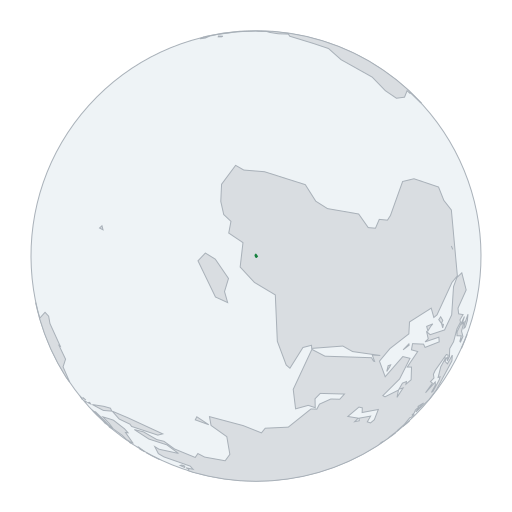 the Earth from above Balaka, rotated 132°
{"feature_id": "MWI-1915", "entity_name": "Balaka", "entity_type": "District", "adm_level": 1, "iso_a3": "MWI", "parent_name": "Malawi", "parent_adm1": "", "projection": "orthographic", "projection_center": [35.116, -15.04], "detail": "fine", "context": "on_globe", "style": "filled", "palette": "green", "viewbox_px": 512, "rotation_deg": 132, "n_neighbors": 0, "source": "natural_earth", "source_scale": "10m", "svg_char_len": 5736}
<svg xmlns="http://www.w3.org/2000/svg" viewBox="0 0 512 512"><g transform="rotate(132 256 256)"><circle cx="256" cy="256" r="225" fill="#eef3f6" stroke="#a8b0b8"/><path d="M31.6,236.1L31.8,236.4L31.6,244.4L31.3,250.9L32.1,250.5L32.1,254.3L38.6,251.9L44.8,257.2L46.6,270.5L45.3,289.3L53.2,324.2L53.3,340.9L59.4,355.0L70.1,378.0L69.4,380.4L76.0,388.2L80.7,395.5L82.0,398.3L87.7,404.8L88.8,406.7L91.9,409.6L101.9,420.1L108.5,425.5L117.8,433.5L122.1,436.5L122.6,437.1L125.3,439.2L128.3,441.2L126.5,440.3L125.8,439.8L112.4,429.6L99.9,418.5L88.3,406.4L77.5,393.5L67.8,379.8L59.1,365.5L51.5,350.5L45.0,335.0L39.7,319.1L35.6,302.9L32.8,286.3L31.1,269.6L30.7,252.9L31.6,236.1ZM132.2,443.1L127.9,441.3L129.1,441.8L123.2,437.4L127.9,439.5L132.2,443.1ZM117.7,431.1L114.8,427.7L116.1,428.2L118.4,430.7L117.7,431.1ZM298.9,34.8L299.0,34.9L307.7,36.9L309.4,37.8L311.2,38.2L310.7,37.7L301.0,35.3L316.5,39.0L331.7,43.8L346.5,49.7L360.9,56.6L374.7,64.5L388.0,73.4L400.5,83.2L412.4,93.8L423.5,105.3L433.7,117.5L443.0,130.4L451.4,144.0L458.9,158.1L461.0,163.1L459.2,163.2L460.3,166.5L456.6,160.0L456.2,164.3L466.9,190.0L468.2,196.3L465.4,203.7L464.5,198.8L454.6,181.5L456.0,195.9L463.7,213.1L466.4,230.3L462.0,222.0L458.8,206.9L455.3,200.4L453.9,187.4L446.4,166.4L441.7,167.0L439.8,159.6L428.8,141.9L420.9,142.7L409.8,156.8L412.0,176.0L406.5,183.1L390.6,152.0L383.8,133.6L377.8,133.9L361.6,117.5L332.9,112.8L329.1,108.3L323.6,109.7L312.2,104.7L306.4,97.9L299.4,97.9L315.1,116.3L322.6,116.6L329.1,110.5L332.0,117.2L343.1,124.3L330.2,139.1L288.0,152.0L284.3,137.7L254.3,102.1L255.5,98.4L255.3,98.0L255.0,97.3L251.8,103.3L246.8,97.1L262.4,120.3L264.8,131.2L287.4,152.8L285.2,155.0L292.6,159.9L316.7,155.7L316.8,160.6L305.1,183.1L272.0,215.6L276.7,239.5L274.8,260.4L254.8,274.6L257.2,291.6L247.0,297.8L246.8,307.7L239.0,318.7L225.7,329.6L202.3,331.8L200.3,322.6L187.7,306.1L170.0,267.1L175.3,248.2L173.0,234.7L156.1,207.8L159.8,191.6L155.4,185.8L146.3,188.9L141.4,182.3L135.9,183.2L102.5,196.9L92.9,190.3L82.6,166.5L89.0,153.6L91.1,141.6L136.0,93.1L144.4,92.7L178.6,82.1L182.7,82.7L177.5,90.9L202.3,97.8L211.6,90.3L235.1,94.5L251.5,93.9L259.3,79.2L232.5,79.6L229.0,73.1L251.3,67.0L274.9,68.3L274.3,65.9L260.3,60.4L266.7,56.6L255.6,58.4L259.4,60.6L252.5,62.1L248.6,60.2L251.0,58.8L244.2,57.9L234.5,66.1L237.3,69.3L218.8,71.9L221.7,77.7L216.4,81.0L209.4,72.5L210.8,69.2L197.2,62.4L194.0,65.8L206.7,72.9L202.3,72.6L198.1,78.5L197.9,73.9L184.8,66.4L168.8,71.2L146.6,88.7L137.6,92.3L130.8,91.8L140.6,77.1L159.6,71.0L163.4,66.7L161.0,62.9L167.0,61.7L168.3,59.8L175.7,57.9L187.5,51.8L195.2,50.1L201.3,44.9L206.1,43.6L201.1,46.8L201.8,48.6L221.1,46.3L225.2,45.0L227.6,42.1L232.6,42.3L232.4,39.8L244.2,38.5L229.7,38.5L232.1,36.2L240.0,34.4L238.2,33.9L225.4,37.0L222.6,38.4L224.4,39.4L214.6,44.6L207.7,46.2L208.1,41.6L198.3,43.8L202.9,40.2L234.7,32.4L247.2,31.3L264.9,32.8L261.2,33.5L253.0,33.1L259.3,35.0L259.4,34.0L263.6,34.5L266.9,33.4L270.0,33.7L267.9,32.3L272.1,32.7L273.4,33.5L281.9,33.1L291.0,34.2L291.4,34.1L289.3,33.6L302.3,35.9L302.0,35.8L297.7,34.8L294.4,34.1L293.9,33.9L298.9,34.8ZM119.4,114.1L117.9,117.6L119.4,114.1ZM299.4,78.4L313.8,80.4L308.1,71.5L313.1,71.8L309.3,69.0L307.6,70.9L298.3,63.7L304.8,62.3L303.4,59.2L298.5,58.5L288.2,62.4L301.3,72.4L297.7,75.4L299.4,78.4ZM168.7,52.9L170.7,53.1L167.1,55.5L157.4,59.5L162.4,55.8L168.7,52.9ZM174.3,53.0L177.4,48.3L183.6,46.3L179.6,48.1L183.4,47.2L178.0,50.0L180.8,53.3L177.9,55.8L161.5,60.6L168.5,57.4L166.1,57.2L174.3,53.0ZM184.4,42.4L187.4,41.4L184.8,42.4L174.9,45.9L172.9,46.6L184.4,42.4ZM188.1,79.2L191.3,79.1L196.7,78.1L194.1,82.1L188.1,79.2ZM178.9,74.1L182.0,73.1L181.0,77.6L177.6,78.1L178.9,74.1ZM184.5,69.1L182.2,72.7L181.4,71.0L184.5,69.1ZM204.0,46.1L207.4,45.3L207.5,45.9L205.2,47.2L204.0,46.1ZM254.3,81.6L249.1,84.4L246.8,83.1L249.0,82.4L254.3,81.6ZM219.8,82.5L227.3,83.9L219.0,83.6L219.8,82.5ZM338.9,387.2L339.9,391.0L336.6,390.7L338.9,387.2ZM313.6,258.7L298.4,295.9L287.7,295.6L285.6,284.1L291.1,261.4L303.5,255.6L309.6,245.9L313.6,258.7ZM476.9,286.0L477.2,289.3L477.0,290.3L476.9,286.0ZM476.6,279.9L477.5,282.9L476.1,281.7L476.6,279.9ZM477.7,284.1L478.5,284.9L478.9,284.4L478.5,286.3L477.7,284.1ZM475.9,278.2L469.6,268.6L466.5,262.3L467.8,259.4L472.9,266.1L475.9,278.2ZM467.5,259.0L462.0,243.1L450.6,206.3L454.8,209.1L465.9,234.4L465.3,237.1L468.7,248.6L467.5,259.0ZM478.7,253.0L478.0,262.1L475.1,256.0L473.4,252.1L472.4,238.1L473.0,232.8L474.5,234.9L477.5,221.7L479.1,229.5L478.8,235.8L480.0,246.3L478.7,253.0ZM413.0,178.2L418.4,191.5L415.1,192.4L413.0,178.2ZM476.5,210.7L476.7,216.3L475.8,207.5L476.5,210.7ZM474.6,201.6L475.7,206.2L474.3,200.6L474.6,201.6ZM462.4,172.2L460.9,171.2L459.8,168.2L461.0,167.7L462.4,172.2ZM280.0,32.0L279.7,32.0L284.4,32.8L275.6,31.7L276.1,31.6L280.0,32.0ZM438.0,388.8L443.3,381.1L447.0,375.1L439.0,375.1L439.5,369.8L444.1,363.9L454.0,341.1L454.3,342.5L460.1,328.5L467.5,325.2L474.4,310.0L473.2,316.0L468.3,331.5L462.3,346.6L455.2,361.2L447.1,375.3L438.0,388.8ZM477.6,293.0L478.8,288.7L478.7,290.0L477.6,293.0ZM481.2,250.7L480.4,250.1L480.6,257.1L481.2,256.5L480.7,259.6L480.4,271.8L480.0,274.8L480.5,261.8L479.5,272.2L479.2,270.6L479.6,260.2L480.3,250.0L480.6,246.7L481.2,250.3L481.2,250.7ZM479.1,225.1L479.2,225.5L478.9,223.7L479.1,225.1ZM477.8,216.5L477.8,216.4L477.8,216.5ZM477.1,212.8L477.2,213.5L476.1,208.2L477.1,212.8ZM474.5,201.3L474.1,199.5L471.8,191.3L474.5,201.3Z" fill="#d9dde1" stroke="#a8b0b8" stroke-width="1"/><path d="M256.2,256.7L256.0,256.9L256.0,257.0L255.9,257.1L255.0,257.1L255.2,255.8L255.2,255.7L255.4,255.4L255.5,255.4L255.5,255.1L255.5,254.9L256.6,254.9L256.7,255.0L256.8,255.3L256.7,255.7L256.7,255.8L256.5,256.0L256.4,256.1L256.4,256.3L256.3,256.6L256.2,256.7L256.2,256.7Z" fill="#22c55e" stroke="#15803d" stroke-width="1.5"/></g></svg>